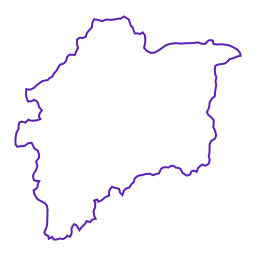 outline of Santa Rita de Jacutinga, Minas Gerais, Brazil
{"feature_id": "56859067B71709510616947", "entity_name": "Santa Rita de Jacutinga", "entity_type": "district", "adm_level": 2, "iso_a3": "BRA", "parent_name": "Brazil", "parent_adm1": "Minas Gerais", "projection": "natural_earth1", "projection_center": [-44.096, -22.111], "detail": "fine", "context": "isolated", "style": "outline", "palette": "violet", "viewbox_px": 256, "rotation_deg": 0, "n_neighbors": 0, "source": "geoboundaries", "source_scale": "gbopen_adm2", "svg_char_len": 3079}
<svg xmlns="http://www.w3.org/2000/svg" viewBox="0 0 256 256"><path d="M26.3,89.2L26.0,93.1L26.3,96.7L27.9,101.4L31.1,101.3L34.0,99.9L36.7,101.1L38.3,103.9L39.0,106.9L41.8,110.3L39.8,113.2L38.8,116.4L40.4,119.0L37.2,120.2L33.5,120.7L31.1,120.7L28.3,119.7L25.5,122.6L21.5,121.6L19.3,122.6L18.6,125.2L18.6,128.8L16.4,132.8L15.7,136.9L15.4,140.3L15.5,144.3L17.2,146.7L21.2,146.2L24.5,145.9L26.8,144.3L28.9,143.0L31.6,142.8L33.1,145.8L34.5,148.7L37.6,150.4L38.8,153.6L39.2,157.3L36.1,161.6L37.4,165.8L36.1,170.2L34.1,172.9L32.9,176.3L34.0,180.2L36.6,181.0L39.2,181.1L37.8,184.1L37.6,186.9L35.9,189.0L33.6,190.3L34.2,193.7L35.6,196.2L37.0,198.6L39.1,200.2L41.9,201.6L45.0,203.2L47.0,206.0L47.6,210.1L47.4,212.9L47.4,215.9L47.3,219.1L47.2,222.1L47.0,225.4L45.8,229.1L44.3,232.1L45.5,234.6L48.2,235.8L48.8,238.7L52.1,236.9L53.6,239.5L56.4,239.5L60.0,238.5L63.1,239.1L65.7,237.6L67.3,235.7L69.9,236.8L71.2,234.5L71.8,231.9L71.4,229.1L72.4,226.5L74.1,224.2L76.3,225.0L78.0,227.8L79.4,230.2L81.6,227.2L84.9,224.0L86.7,221.1L90.2,222.1L92.3,219.6L95.7,218.8L94.3,216.2L93.6,211.0L95.1,207.5L95.3,202.9L94.2,200.5L97.1,199.5L98.3,201.8L101.5,200.4L105.2,197.2L109.2,195.6L109.0,191.7L109.9,189.3L112.0,186.9L115.0,187.9L119.0,188.8L120.2,192.9L122.4,195.1L123.9,190.7L126.1,188.4L129.1,187.7L131.4,184.2L134.0,181.8L134.5,178.8L137.0,176.4L139.7,175.2L141.9,175.3L145.3,174.1L149.6,173.7L153.1,175.2L155.7,174.1L159.0,173.4L161.0,168.9L163.0,167.5L165.4,167.2L168.5,167.5L171.3,165.7L173.9,166.0L175.9,167.7L178.2,167.8L180.4,168.8L182.5,172.9L184.7,174.3L187.0,175.6L189.9,174.7L191.6,171.3L194.0,170.6L196.6,171.9L198.0,168.2L199.8,166.3L202.3,164.5L205.0,165.7L208.4,164.1L209.8,159.9L208.7,156.3L209.4,153.1L209.6,148.5L209.6,144.3L211.3,140.9L214.7,138.9L216.2,135.7L215.6,132.9L214.8,130.0L213.3,127.3L213.6,124.1L213.7,120.2L211.0,117.1L208.1,114.7L207.0,112.0L208.6,108.7L209.3,105.9L209.7,102.2L211.7,98.8L214.8,96.2L215.0,92.3L215.6,88.9L216.2,84.8L215.5,81.0L216.5,77.3L215.1,73.8L214.8,69.5L215.3,65.8L217.5,64.7L219.8,64.3L222.0,64.0L225.1,63.4L227.7,61.3L229.7,59.0L232.8,58.4L236.9,56.6L240.6,55.8L240.0,52.7L237.4,49.7L234.9,48.1L232.3,46.8L228.6,45.2L223.4,44.4L220.3,44.3L216.6,44.5L213.3,43.8L212.8,40.5L209.7,40.1L207.3,41.4L205.3,43.8L201.8,43.8L198.2,42.4L194.4,42.9L190.2,43.2L186.8,43.2L182.7,43.5L179.1,43.5L176.5,43.1L174.0,43.3L169.9,43.9L167.3,44.7L164.8,46.0L162.1,47.9L159.1,50.1L156.4,51.6L153.8,52.8L150.5,52.8L146.6,50.7L144.1,47.9L144.8,44.2L145.4,40.4L144.8,35.1L142.6,32.4L140.2,34.1L137.6,33.4L134.8,33.4L133.6,30.2L132.6,27.3L130.7,25.5L129.9,22.7L128.8,19.6L126.5,18.1L123.7,16.5L120.7,18.7L118.3,18.6L115.5,19.3L110.4,19.9L107.3,19.5L104.9,19.9L102.4,21.2L99.5,20.4L96.8,19.7L94.1,19.3L92.6,22.1L91.7,27.4L89.3,30.1L87.1,32.7L85.7,36.8L82.7,38.0L79.6,37.7L77.1,39.5L76.9,44.2L78.1,47.8L76.0,51.7L75.1,54.8L72.5,54.8L69.4,54.7L67.2,56.9L66.1,60.9L63.7,63.5L60.2,64.6L58.2,67.4L56.9,70.2L54.3,73.2L52.1,76.8L49.6,78.0L47.8,80.0L45.2,80.5L42.1,81.2L39.1,83.5L36.5,85.4L34.1,87.8L30.1,89.7L26.3,89.2Z" fill="none" stroke="#5b21b6" stroke-width="2"/></svg>